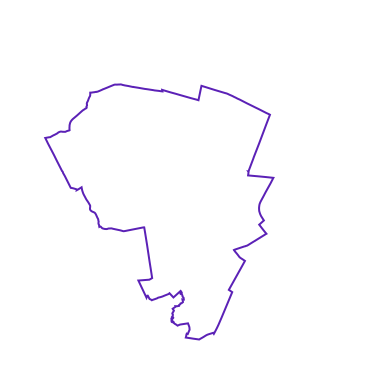 Brazi, Prahova, Romania, rotated 62°
{"feature_id": "2599482B36068226507854", "entity_name": "Brazi", "entity_type": "district", "adm_level": 2, "iso_a3": "ROU", "parent_name": "Romania", "parent_adm1": "Prahova", "projection": "equal_earth", "projection_center": [26.003, 44.867], "detail": "fine", "context": "isolated", "style": "outline", "palette": "violet", "viewbox_px": 384, "rotation_deg": 62, "n_neighbors": 0, "source": "geoboundaries", "source_scale": "gbopen_adm2", "svg_char_len": 5775}
<svg xmlns="http://www.w3.org/2000/svg" viewBox="0 0 384 384"><g transform="rotate(62 192 192)"><path d="M179.3,290.2L179.3,289.6L179.4,289.2L179.5,289.0L180.0,288.8L181.8,288.3L182.3,287.9L183.6,286.5L184.3,285.4L184.8,284.4L185.0,283.0L185.2,282.5L185.7,281.5L186.3,280.2L187.5,278.9L192.2,273.3L194.3,271.1L194.6,270.6L195.0,269.5L195.3,268.5L196.2,265.5L200.2,252.3L200.6,251.1L200.8,250.8L201.7,251.1L204.4,252.0L217.6,256.5L234.0,262.3L241.0,264.7L249.3,267.6L249.4,270.4L249.4,270.8L248.1,273.8L247.1,276.1L245.0,280.9L263.9,281.8L263.7,281.6L263.4,281.0L263.1,280.3L262.9,280.0L262.7,279.9L262.8,279.7L263.7,279.7L266.1,279.7L266.4,279.7L266.7,279.6L267.3,279.0L267.7,278.8L268.4,278.4L268.7,278.3L268.8,277.2L269.2,274.8L269.5,272.6L269.4,271.7L269.6,270.7L270.0,269.3L270.4,267.1L270.6,264.8L271.1,260.5L271.0,260.2L270.8,259.4L276.4,257.9L274.0,248.5L274.4,248.4L275.8,248.3L276.1,248.3L276.4,248.4L276.5,248.5L276.6,248.9L276.3,249.4L276.2,249.5L276.2,249.8L276.5,249.9L277.0,249.7L277.3,249.2L277.5,249.0L277.9,249.0L278.7,249.0L279.1,249.1L279.5,249.3L279.9,249.4L280.2,249.4L281.2,249.1L281.5,249.1L283.1,249.7L282.3,250.9L284.3,251.4L285.0,251.7L285.3,253.5L285.0,254.4L285.4,254.9L285.5,255.0L285.8,256.6L286.1,256.7L286.4,256.7L286.5,256.8L286.5,257.0L286.2,257.7L286.1,258.0L286.0,258.5L285.1,260.1L285.6,260.1L285.7,261.3L286.0,263.9L286.5,263.9L287.7,263.7L288.2,263.7L288.3,263.7L288.6,264.2L288.8,264.4L289.0,264.7L289.1,265.0L289.2,265.3L289.3,265.5L289.5,265.6L289.9,266.3L290.1,266.4L290.2,266.5L290.8,266.4L291.2,266.4L291.6,266.6L291.7,266.8L292.4,267.2L292.6,267.4L292.7,267.6L292.8,268.1L292.9,268.3L293.2,268.3L293.3,268.3L293.5,268.1L294.0,267.6L294.3,267.6L294.4,267.8L294.5,268.0L294.5,268.4L294.4,268.6L294.2,269.0L293.9,269.4L293.9,269.5L294.0,269.6L294.4,269.8L294.6,269.7L295.2,269.5L295.4,269.5L295.6,269.5L295.7,269.8L295.5,270.1L295.6,270.3L295.8,270.3L296.1,270.1L296.3,270.0L296.5,270.1L296.5,270.3L296.4,270.4L296.4,270.5L296.5,270.7L296.9,270.9L297.2,270.9L297.4,270.8L297.5,270.7L297.5,270.2L297.5,269.9L297.7,269.4L297.9,269.3L298.1,269.3L298.4,269.3L298.5,269.3L298.7,269.6L298.6,269.8L300.4,269.0L301.0,268.6L302.5,267.8L303.2,267.5L303.4,264.9L306.1,257.2L309.8,257.7L310.7,258.0L312.5,258.8L313.2,259.7L314.5,261.3L315.4,262.4L314.6,263.1L315.2,263.8L317.1,265.3L317.5,265.7L317.6,265.8L319.6,263.1L320.3,262.1L321.9,260.0L325.6,254.9L325.6,254.4L325.5,253.9L325.5,252.4L325.4,249.6L325.3,248.8L325.3,248.3L325.2,247.3L325.2,246.2L325.2,245.5L325.6,243.1L325.8,242.1L326.3,239.4L327.5,239.3L326.4,237.6L325.1,235.7L323.7,233.7L321.7,231.0L316.5,224.5L299.3,203.5L295.7,205.4L282.0,184.2L277.7,177.6L275.4,178.8L272.9,180.2L272.6,180.3L271.9,180.6L271.4,180.7L271.0,180.8L270.0,180.9L268.9,181.1L267.8,181.3L264.5,182.0L264.0,182.0L263.5,182.1L263.3,182.2L263.1,182.2L262.9,182.2L262.9,181.8L263.3,179.3L264.6,171.6L264.7,171.1L264.9,170.5L264.9,170.0L265.1,169.1L265.2,168.7L265.2,168.1L265.2,167.6L264.9,163.3L264.1,150.6L263.9,147.8L263.8,146.7L263.8,145.9L261.5,146.4L259.4,146.8L252.4,148.0L250.9,141.9L245.8,142.3L243.7,142.2L242.4,142.0L240.4,141.6L238.8,140.9L237.6,140.3L237.1,140.0L235.5,138.9L234.4,138.0L233.2,136.6L232.6,135.8L231.4,134.0L228.8,130.1L226.8,127.2L221.3,118.7L217.7,113.5L217.5,113.8L214.2,118.7L212.2,121.7L209.1,126.4L203.7,134.7L200.8,132.6L200.6,132.8L200.4,132.8L200.5,132.7L200.0,132.1L195.7,127.2L191.4,122.3L190.1,120.9L180.8,110.1L166.5,93.9L160.4,86.9L159.3,87.6L157.1,89.3L151.8,93.0L149.4,94.7L147.5,96.1L144.7,98.1L139.3,102.0L132.8,106.5L130.9,108.0L129.1,109.2L127.8,110.2L126.3,111.2L124.9,112.3L123.4,113.5L122.8,113.9L121.3,115.1L120.1,116.4L112.7,123.9L104.4,132.1L102.7,133.8L103.4,134.4L114.0,143.2L112.6,144.6L108.6,148.9L101.1,156.7L97.7,160.2L94.4,163.7L90.1,168.1L87.8,170.4L89.3,170.9L88.6,171.9L87.1,173.9L84.7,177.4L84.1,178.1L82.0,180.9L80.0,183.6L78.8,185.3L74.9,190.3L72.1,194.0L71.6,194.6L71.6,194.8L68.5,198.5L66.5,201.1L64.8,203.1L64.1,203.7L63.9,204.0L63.4,204.7L63.1,205.4L63.0,205.7L62.3,207.1L61.9,208.0L61.5,208.7L61.1,209.4L60.8,210.2L60.6,212.0L60.3,215.0L60.1,217.2L59.7,221.1L59.6,221.9L59.6,222.2L59.5,222.4L59.5,223.5L59.3,226.2L59.2,227.1L59.1,228.1L59.0,228.5L58.9,228.8L58.8,229.3L58.7,229.4L58.7,229.5L58.5,229.8L58.0,231.5L57.6,232.5L57.1,233.9L56.5,235.2L57.8,235.9L58.7,236.4L59.2,236.8L59.5,237.1L59.6,237.3L60.0,237.9L60.3,238.4L61.4,239.7L62.6,241.0L63.8,242.7L64.1,243.0L64.6,243.4L64.9,243.5L65.3,243.7L65.6,243.7L66.0,243.9L66.4,244.1L66.6,244.4L66.8,244.8L66.9,245.0L67.1,245.1L67.4,245.2L67.9,245.3L68.1,245.4L68.3,245.8L68.4,246.0L68.3,246.7L68.3,247.0L68.5,248.0L68.6,249.7L68.8,250.8L69.0,251.7L70.5,257.7L71.4,261.9L71.6,262.9L72.1,264.4L72.8,265.9L73.8,267.2L74.7,268.0L75.5,268.7L76.7,269.4L78.0,270.2L80.0,271.1L80.0,271.6L79.7,272.8L79.5,273.8L79.4,275.6L79.2,276.0L78.8,276.7L78.5,277.3L78.2,277.8L77.4,278.9L77.0,279.6L76.9,279.9L76.8,280.6L76.7,281.1L76.7,281.6L76.7,282.3L76.8,282.6L77.0,283.7L77.0,286.0L76.9,287.9L77.0,291.5L76.5,292.7L75.4,296.2L79.1,296.3L81.5,296.4L94.7,296.5L101.3,296.7L107.3,296.8L112.6,296.9L113.0,296.7L113.9,296.7L114.6,296.9L118.3,296.8L131.4,297.1L132.5,295.7L133.2,294.9L135.7,292.4L136.3,292.9L136.3,291.5L136.0,287.3L136.3,287.4L138.7,288.1L139.5,288.3L142.0,288.7L143.2,288.8L149.0,288.8L152.6,288.4L155.5,288.3L156.0,288.3L156.4,288.4L156.8,288.6L157.3,288.9L157.9,289.3L158.3,289.6L158.9,289.9L159.3,290.1L159.7,290.2L160.1,290.2L160.8,290.1L161.1,290.0L162.3,289.4L163.3,288.6L164.2,287.9L164.5,287.7L164.9,287.6L165.5,287.4L165.9,287.4L167.3,287.4L168.7,287.5L170.1,287.6L170.8,287.6L171.8,287.6L172.8,287.9L173.6,288.2L174.1,288.2L175.1,288.9L175.4,289.1L176.2,289.5L176.7,289.5L177.2,289.5L178.2,289.8L178.6,290.0L179.3,290.2Z" fill="none" stroke="#5b21b6" stroke-width="2"/></g></svg>